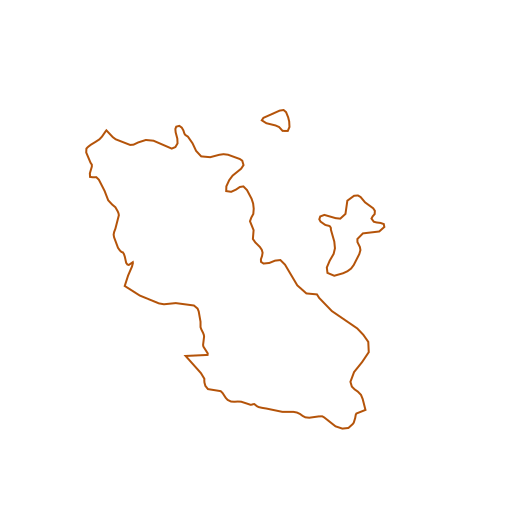 the Region of Ferghana, rotated 231°
{"feature_id": "UZB-364", "entity_name": "Ferghana", "entity_type": "Region", "adm_level": 1, "iso_a3": "UZB", "parent_name": "Uzbekistan", "parent_adm1": "", "projection": "orthographic", "projection_center": [71.33, 40.325], "detail": "fine", "context": "isolated", "style": "outline", "palette": "amber", "viewbox_px": 512, "rotation_deg": 231, "n_neighbors": 0, "source": "natural_earth", "source_scale": "10m", "svg_char_len": 3121}
<svg xmlns="http://www.w3.org/2000/svg" viewBox="0 0 512 512"><g transform="rotate(231 256 256)"><path d="M404.2,272.4L405.5,273.3L406.7,275.4L405.4,278.3L402.5,279.1L399.3,278.6L396.8,277.6L395.2,277.2L394.0,277.4L391.6,278.2L383.5,277.6L375.4,275.6L367.9,276.1L361.6,282.6L357.8,291.1L355.6,294.8L352.3,298.0L341.5,304.5L338.7,305.3L334.5,303.5L333.2,299.4L333.2,288.4L331.8,282.9L328.8,276.8L325.2,273.7L321.5,277.1L320.2,282.2L319.8,286.9L318.0,290.0L312.9,290.5L303.3,288.6L298.6,286.8L294.2,284.0L290.4,280.4L288.8,276.5L286.8,273.2L277.6,270.4L271.2,264.3L267.0,264.0L260.6,264.7L257.2,264.4L254.4,263.2L252.2,260.7L250.4,257.8L248.3,256.2L245.4,257.1L242.2,262.0L240.4,267.9L237.5,272.4L231.0,273.1L207.2,269.6L195.2,271.6L187.8,279.2L183.6,278.7L165.4,280.3L136.0,289.1L127.2,289.8L118.6,289.2L110.3,283.1L106.8,271.7L104.1,259.2L98.8,250.2L94.2,248.3L90.3,248.7L86.5,249.8L82.0,250.2L77.7,248.9L67.5,244.2L70.4,234.9L69.9,233.7L68.1,231.6L67.7,231.2L67.8,231.3L65.1,227.3L64.8,226.6L64.5,225.3L64.2,219.6L67.5,214.5L73.6,210.6L87.7,207.4L89.7,206.6L91.8,203.9L96.8,195.6L99.6,192.8L102.4,191.6L105.5,190.8L108.6,189.3L111.2,187.1L118.4,178.3L130.9,168.1L134.0,165.3L136.9,163.0L138.7,162.2L142.0,161.5L142.7,160.4L143.1,159.2L143.8,158.1L147.0,156.1L152.2,152.7L154.4,150.2L156.3,147.5L158.6,145.0L162.0,143.4L164.8,143.2L170.5,143.8L173.2,143.5L182.8,134.9L186.9,134.9L190.1,136.3L191.7,137.4L193.1,138.6L199.6,139.5L222.6,138.4L209.6,156.1L210.7,157.2L218.7,158.1L220.2,158.9L226.0,164.9L227.5,165.8L229.6,166.5L233.3,167.3L235.6,168.1L239.8,171.5L249.0,176.6L251.9,177.5L256.6,176.6L269.9,164.0L276.4,154.1L280.3,150.7L298.4,140.8L315.3,135.1L321.3,144.3L325.8,152.9L327.9,155.8L328.7,156.3L329.1,151.5L330.3,150.7L332.4,150.8L338.0,153.6L340.7,154.6L342.7,154.8L343.7,154.0L345.9,153.7L349.2,153.9L359.9,157.5L362.2,158.8L363.9,160.8L365.7,163.9L374.0,175.1L375.7,176.0L377.6,176.6L382.4,177.4L386.5,176.6L392.3,176.2L401.9,179.3L414.2,181.9L417.7,181.5L419.9,178.7L421.9,176.8L424.8,178.9L428.8,184.7L430.3,185.9L432.6,186.1L443.3,189.2L446.2,191.8L446.4,193.1L446.5,194.6L446.4,197.8L445.7,202.9L445.2,207.7L445.7,211.4L447.5,217.5L447.8,218.8L438.5,219.5L435.0,220.4L421.5,228.1L419.6,230.9L418.4,235.9L415.5,243.4L410.1,248.9L392.5,258.1L391.4,261.9L392.9,265.9L396.7,268.7L402.7,271.4L404.2,272.4ZM197.9,300.9L202.5,303.8L206.0,310.4L208.8,317.7L212.3,322.2L217.9,325.9L229.4,330.8L230.1,331.4L230.9,331.9L232.5,332.1L233.5,331.7L235.8,329.9L236.8,329.3L242.1,327.8L244.7,328.3L246.3,330.8L244.9,335.0L235.3,341.7L232.0,345.0L232.4,352.0L241.5,361.8L241.1,370.1L238.9,373.3L236.0,374.4L229.1,374.5L219.3,377.1L216.3,376.8L213.9,374.6L213.4,371.6L212.4,369.3L208.5,369.1L206.2,370.8L203.3,373.6L200.4,375.4L197.8,374.0L197.5,367.2L206.3,353.3L205.4,345.5L203.0,343.6L197.6,342.4L194.9,340.9L192.5,337.5L187.5,326.3L186.4,322.0L186.6,317.5L187.8,312.8L191.4,304.4L197.9,300.9ZM357.8,345.9L358.7,348.7L354.1,365.9L352.1,369.3L348.9,369.9L343.6,368.3L339.6,366.4L335.2,363.2L333.2,359.4L336.5,355.4L341.7,355.1L345.2,353.3L352.7,347.6L357.8,345.9Z" fill="none" stroke="#b45309" stroke-width="2"/></g></svg>